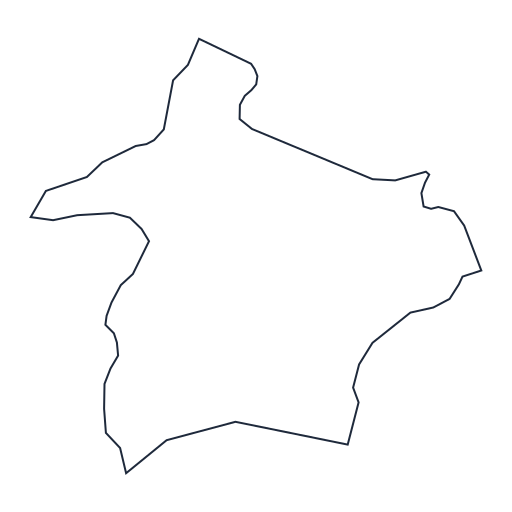 Škofja Loka, Albers equal-area conic projection
{"feature_id": "SVN-1017", "entity_name": "Škofja Loka", "entity_type": "Municipality", "adm_level": 1, "iso_a3": "SVN", "parent_name": "Slovenia", "parent_adm1": "", "projection": "albers", "projection_center": [14.27, 46.166], "detail": "fine", "context": "isolated", "style": "outline", "palette": "slate", "viewbox_px": 512, "rotation_deg": 0, "n_neighbors": 0, "source": "natural_earth", "source_scale": "10m", "svg_char_len": 892}
<svg xmlns="http://www.w3.org/2000/svg" viewBox="0 0 512 512"><path d="M199.0,38.8L251.1,63.8L254.7,69.2L257.4,76.1L256.2,84.4L251.4,90.1L244.8,95.8L239.9,104.8L239.6,119.0L252.0,129.0L372.6,179.2L395.2,180.4L425.9,171.7L429.2,174.6L425.0,182.7L421.4,193.1L423.6,206.5L431.1,208.8L438.3,207.0L454.0,211.2L464.2,225.6L481.3,270.5L462.5,276.6L458.9,284.3L449.6,298.9L433.3,307.5L410.4,312.6L372.5,342.8L359.1,364.4L353.1,387.6L358.6,402.4L347.7,444.6L235.4,421.8L166.6,440.2L126.1,473.2L120.1,448.0L105.9,432.9L104.1,408.8L104.5,383.9L110.5,368.5L118.1,355.6L116.9,342.5L113.9,333.3L105.4,324.8L106.6,315.8L111.5,302.5L120.8,285.1L132.9,274.0L149.0,241.2L141.6,229.0L129.9,217.7L113.0,213.1L77.2,215.2L53.1,220.2L30.7,217.1L45.9,190.9L86.9,177.0L102.3,162.3L135.7,146.0L146.5,144.1L154.1,140.1L163.8,129.4L173.1,80.3L187.9,64.9L199.0,38.8Z" fill="none" stroke="#1e293b" stroke-width="2"/></svg>